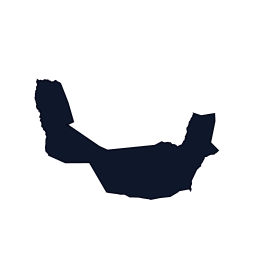 Santa María Pápalo, Oaxaca, Mexico (orthographic projection), rotated 243°
{"feature_id": "50627088B38844714330339", "entity_name": "Santa María Pápalo", "entity_type": "district", "adm_level": 2, "iso_a3": "MEX", "parent_name": "Mexico", "parent_adm1": "Oaxaca", "projection": "orthographic", "projection_center": [-96.755, 17.798], "detail": "fine", "context": "isolated", "style": "filled", "palette": "ink", "viewbox_px": 256, "rotation_deg": 243, "n_neighbors": 0, "source": "geoboundaries", "source_scale": "gbopen_adm2", "svg_char_len": 3574}
<svg xmlns="http://www.w3.org/2000/svg" viewBox="0 0 256 256"><g transform="rotate(243 128 128)"><path d="M70.7,95.2L65.9,98.5L64.9,100.6L61.7,106.4L58.9,110.0L55.4,115.0L54.3,115.9L51.7,125.0L49.4,131.1L49.0,132.2L48.1,134.5L48.6,143.0L49.2,144.9L46.4,154.4L45.6,155.3L44.1,155.4L45.0,156.3L46.5,156.4L47.6,156.9L49.6,159.1L52.3,160.1L60.2,170.4L60.5,172.0L61.0,172.9L61.4,175.3L63.1,176.4L63.9,178.1L66.6,182.0L67.4,182.2L67.8,183.2L67.5,184.6L67.1,185.3L67.7,186.7L67.3,187.6L67.4,188.6L67.0,190.6L66.4,191.5L66.2,192.2L65.9,193.1L66.4,194.1L66.3,195.3L67.1,198.1L70.9,196.9L77.6,194.7L85.1,200.7L94.8,208.4L101.4,211.4L105.5,198.6L111.0,193.2L109.9,193.1L110.0,192.1L109.6,191.8L109.4,191.4L108.8,191.2L108.5,190.7L108.2,190.4L107.8,189.2L107.6,189.3L107.1,188.3L106.0,187.4L105.8,186.5L105.5,185.8L105.0,185.3L103.4,184.1L102.9,184.2L102.7,183.2L102.3,182.8L101.6,182.3L101.4,181.1L100.9,180.7L100.4,180.2L97.6,179.5L96.0,178.2L96.0,177.5L95.4,177.2L95.0,176.8L94.8,176.3L94.6,176.1L94.2,175.9L94.2,175.4L93.5,175.2L92.9,175.2L92.5,174.7L92.5,174.3L92.0,174.1L91.3,173.4L90.7,172.9L90.8,172.6L90.7,172.4L90.7,171.6L89.9,171.3L89.7,171.2L89.7,170.6L89.6,170.2L88.5,169.0L88.6,168.8L88.2,168.3L88.3,167.4L88.6,166.8L88.6,164.8L88.4,164.0L88.8,163.1L88.9,162.9L90.2,162.7L90.7,162.6L90.9,162.4L91.1,162.1L91.4,161.9L91.8,161.8L92.0,161.4L92.2,161.0L93.0,159.8L93.3,159.4L95.3,159.0L95.7,158.7L95.9,157.4L96.8,157.1L97.0,156.6L98.0,153.5L100.2,151.7L100.1,144.0L117.4,99.5L124.4,93.9L158.7,75.2L158.4,82.1L178.1,85.9L197.4,87.8L197.4,87.7L197.5,87.6L197.9,87.8L198.1,87.8L198.4,87.7L198.5,87.6L198.8,87.6L199.0,87.5L199.2,87.4L199.6,87.2L199.9,86.9L200.1,86.7L200.3,86.5L200.6,86.2L200.9,86.0L201.0,85.9L201.4,85.7L201.6,85.6L201.9,85.5L202.2,85.4L202.6,85.2L202.9,85.0L203.1,84.8L203.1,84.6L203.1,84.4L202.9,83.8L202.7,83.2L202.8,82.8L202.8,82.7L203.0,82.2L203.0,81.9L203.0,81.6L203.1,81.4L203.3,81.1L203.4,80.9L203.5,80.7L203.8,80.4L204.0,80.2L204.3,80.1L204.7,79.9L205.1,79.6L205.4,79.3L205.5,79.2L205.6,78.9L205.7,78.6L205.8,78.4L206.0,78.3L206.3,78.4L206.6,78.4L206.8,78.4L207.0,78.3L207.1,78.0L207.2,77.7L207.3,77.5L207.3,77.4L207.3,77.2L207.4,76.8L207.6,76.7L207.8,76.6L207.8,76.4L207.9,76.2L208.1,76.1L208.3,76.0L208.5,75.9L208.6,75.7L208.7,75.2L208.6,74.8L208.6,74.6L208.5,74.1L208.4,73.9L208.5,73.6L208.6,73.4L208.6,73.2L210.0,71.6L210.1,71.4L210.1,71.1L210.1,70.9L209.9,70.7L209.6,70.4L209.6,70.2L209.8,69.9L210.3,69.9L210.7,69.8L211.4,69.5L211.9,69.2L211.4,68.9L210.8,67.9L210.2,67.7L208.3,67.6L206.9,67.1L206.0,65.4L203.2,64.1L202.6,62.6L201.8,62.3L201.1,62.0L200.6,61.3L199.2,60.6L198.1,60.2L197.3,59.2L196.2,59.0L195.3,58.5L194.8,58.7L193.6,58.5L192.7,58.1L190.4,57.8L189.0,56.6L187.6,56.2L186.1,56.2L185.8,56.4L185.2,57.3L184.5,57.2L183.6,56.5L182.8,57.4L181.9,57.0L181.5,57.0L181.3,57.3L180.5,57.1L179.0,56.1L178.8,56.0L178.6,55.4L177.8,54.6L177.3,54.6L176.4,55.4L175.8,55.4L174.7,53.7L174.3,53.5L172.7,54.0L171.6,53.6L171.0,53.7L170.3,53.2L169.9,53.3L169.0,52.2L168.2,52.2L167.1,52.8L166.2,52.8L165.5,52.4L164.6,52.4L163.0,53.4L162.0,53.0L160.6,53.3L160.3,52.7L159.9,52.4L159.4,52.0L159.0,52.4L158.1,52.1L157.2,52.5L156.7,51.7L156.4,51.6L156.2,51.2L155.6,51.2L155.1,50.8L155.2,50.1L155.0,49.9L154.8,50.0L153.4,49.1L152.9,48.8L151.0,47.9L147.8,45.7L147.2,45.5L146.1,45.2L145.1,44.6L144.7,44.6L143.6,44.8L142.8,45.1L142.3,45.2L141.6,45.5L140.7,45.6L140.1,45.4L139.7,45.2L125.7,56.5L114.8,78.2L98.6,79.1L80.8,80.1L79.5,81.7L78.4,83.3L75.5,87.5L75.0,88.3L74.7,88.9L73.8,89.8L72.6,91.4L70.7,95.2Z" fill="#0f172a" stroke="#020617" stroke-width="1.5"/></g></svg>